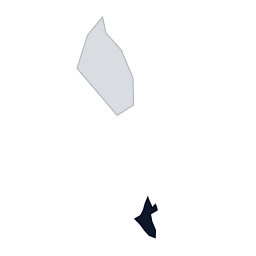 where Carriacou and Petite Martinique sits in Grenada, rotated 133°
{"feature_id": "GRD-5069", "entity_name": "Carriacou and Petite Martinique", "entity_type": "Dependency", "adm_level": 1, "iso_a3": "GRD", "parent_name": "Grenada", "parent_adm1": "", "projection": "orthographic", "projection_center": [-61.462, 12.485], "detail": "fine", "context": "in_parent", "style": "filled", "palette": "ink", "viewbox_px": 256, "rotation_deg": 133, "n_neighbors": 0, "source": "natural_earth", "source_scale": "10m", "svg_char_len": 555}
<svg xmlns="http://www.w3.org/2000/svg" viewBox="0 0 256 256"><g transform="rotate(133 128 128)"><path d="M87.7,220.9L64.1,222.4L73.5,209.0L75.6,186.2L88.0,158.4L107.3,139.6L126.2,144.6L119.1,206.0L87.7,220.9Z" fill="#d9dde1" stroke="#a8b0b8" stroke-width="1"/><path d="M189.6,60.8L183.4,58.9L177.4,60.6L171.5,63.7L165.5,66.0L166.7,63.7L169.1,58.0L170.3,55.8L169.2,55.6L165.5,55.8L166.0,54.4L168.1,50.9L175.7,53.2L180.3,46.9L184.2,38.3L189.6,33.6L191.9,39.5L191.3,46.1L189.9,53.3L189.6,60.8Z" fill="#0f172a" stroke="#020617" stroke-width="1.5"/></g></svg>